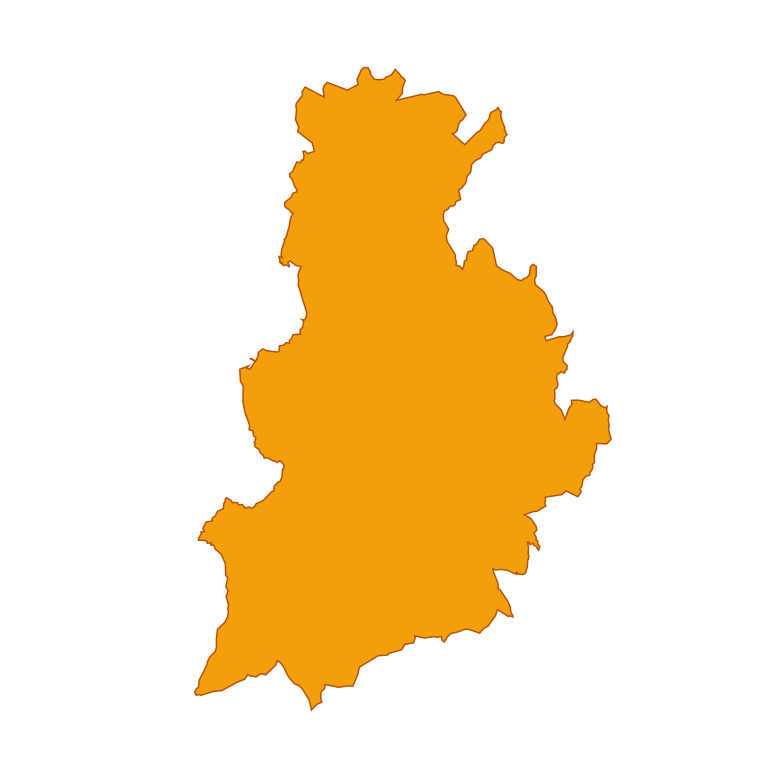 outline of Nicolás Flores, Hidalgo, Mexico, rotated 354°
{"feature_id": "50627088B6273778185161", "entity_name": "Nicolás Flores", "entity_type": "district", "adm_level": 2, "iso_a3": "MEX", "parent_name": "Mexico", "parent_adm1": "Hidalgo", "projection": "equal_earth", "projection_center": [-99.171, 20.795], "detail": "fine", "context": "isolated", "style": "filled", "palette": "amber", "viewbox_px": 768, "rotation_deg": 354, "n_neighbors": 0, "source": "geoboundaries", "source_scale": "gbopen_adm2", "svg_char_len": 6127}
<svg xmlns="http://www.w3.org/2000/svg" viewBox="0 0 768 768"><g transform="rotate(354 384 384)"><path d="M604.1,462.7L602.5,452.6L603.6,448.8L603.3,443.0L604.4,438.9L602.6,435.0L603.4,429.5L601.7,430.8L597.7,428.6L593.2,421.3L590.6,421.2L586.0,423.7L576.3,420.5L568.7,419.8L568.6,423.9L565.3,427.7L560.2,438.1L557.5,428.3L552.0,421.4L551.5,418.5L552.6,414.7L553.0,407.9L556.0,405.3L557.0,402.1L556.2,396.6L556.9,392.9L561.4,390.5L564.7,392.0L565.1,390.6L567.5,388.4L568.0,384.7L564.6,380.6L564.6,376.2L570.4,365.9L570.7,363.6L573.7,361.0L575.4,357.2L576.7,356.5L577.4,351.9L575.5,354.3L573.6,355.0L567.4,355.8L563.7,355.2L549.8,357.9L549.0,353.5L555.9,352.5L559.8,348.0L562.3,343.0L562.3,340.2L561.1,334.3L559.5,331.8L559.5,325.4L555.7,318.1L554.2,312.4L552.3,308.7L545.2,301.3L544.6,299.3L544.9,295.2L546.6,292.6L547.8,283.0L544.9,280.6L542.6,282.0L541.4,284.0L540.4,289.7L537.6,292.9L533.6,294.0L531.6,295.6L527.3,294.0L520.9,287.0L513.8,283.0L508.3,278.3L506.2,260.0L498.9,250.4L497.4,249.8L494.1,250.2L490.2,254.9L488.1,255.4L485.8,260.7L481.5,261.2L479.3,266.3L479.7,268.5L476.8,270.2L475.7,275.0L473.8,278.2L472.4,275.5L468.0,273.1L468.8,270.3L468.1,266.7L468.3,262.7L461.6,248.6L461.5,243.0L464.5,236.9L460.5,227.8L460.6,222.3L462.0,218.6L466.2,216.6L467.5,214.6L472.4,213.8L473.5,213.0L474.5,210.0L479.4,208.6L479.6,206.8L478.6,205.1L479.4,203.5L478.3,200.9L478.9,198.8L482.0,197.1L486.5,192.2L488.3,186.3L492.5,181.8L494.1,174.8L498.2,171.4L503.6,169.3L506.0,165.9L515.6,162.3L517.7,158.0L521.1,155.7L524.4,155.8L526.9,157.1L528.5,156.4L529.3,151.9L532.4,148.6L531.0,146.7L531.5,145.4L530.3,143.0L531.0,141.7L528.9,135.0L528.1,128.6L529.3,125.6L527.4,124.0L526.5,121.0L525.8,120.9L525.3,122.5L518.6,125.2L517.1,127.7L516.7,130.3L513.8,134.0L511.9,134.8L506.0,142.1L502.7,143.5L489.4,154.4L478.1,142.1L480.0,142.0L483.1,139.9L486.0,132.2L487.7,130.3L489.5,129.7L493.8,124.8L485.2,106.6L483.2,104.6L473.0,102.0L468.8,98.9L453.7,100.7L452.2,99.8L426.0,103.2L432.6,96.9L433.4,91.5L436.9,84.4L434.6,80.9L433.1,80.3L432.8,78.7L428.1,72.3L423.6,77.4L418.0,79.2L416.3,80.8L410.6,80.9L405.8,79.6L402.8,74.1L403.3,72.7L401.1,67.6L397.0,67.4L394.5,68.8L389.0,78.5L389.7,83.4L378.3,87.9L359.0,78.1L355.6,81.1L354.2,84.6L354.5,92.5L336.6,80.5L332.9,85.0L333.4,87.4L332.4,89.1L326.2,95.7L325.4,98.5L325.7,102.0L323.7,111.9L326.1,119.7L324.5,123.9L337.8,136.6L339.1,145.3L332.3,146.8L329.9,144.1L327.6,144.3L328.4,148.6L327.1,152.9L325.4,152.6L324.2,155.1L320.4,154.1L315.3,163.1L312.1,164.9L312.0,167.8L314.6,172.2L315.5,177.4L317.6,181.9L317.5,183.7L313.1,184.9L311.3,188.6L304.3,192.9L303.8,196.2L304.8,198.2L308.4,201.3L309.8,204.0L311.4,204.9L308.6,208.9L306.0,218.0L301.8,228.2L299.8,230.0L300.1,231.3L296.3,239.4L295.1,245.3L296.0,247.7L292.8,246.2L293.5,251.0L293.0,252.0L294.2,253.2L295.3,252.6L295.3,254.1L296.4,255.7L299.0,255.2L302.0,257.5L302.3,256.4L301.1,253.4L302.4,252.0L303.8,252.1L308.8,257.0L313.6,258.4L309.9,266.3L309.9,273.5L309.0,275.9L314.6,304.9L313.7,308.9L311.7,312.1L309.1,311.3L310.3,312.6L310.4,314.8L308.9,319.3L306.2,321.3L306.0,325.7L298.7,325.4L296.4,329.6L294.3,330.8L294.3,333.6L291.0,332.7L287.9,335.0L284.0,335.0L283.2,340.1L281.6,341.2L270.8,338.6L267.1,336.5L262.3,339.4L261.8,343.0L258.8,347.7L254.9,344.9L253.0,344.9L255.1,345.5L258.0,348.5L252.1,355.3L249.3,353.9L251.4,351.8L242.1,354.3L241.5,366.5L243.8,371.4L241.8,387.2L242.9,398.4L246.0,410.9L245.1,415.4L248.8,417.0L248.8,422.0L250.9,423.7L249.5,427.9L248.6,428.8L249.7,430.4L248.8,431.8L250.1,433.9L252.9,435.7L253.3,438.7L255.2,441.5L256.5,442.0L257.2,445.2L260.3,445.1L265.5,448.8L268.3,449.5L269.2,451.0L272.4,449.4L275.0,452.6L275.9,454.6L275.9,456.4L274.1,458.6L272.6,466.4L270.4,470.0L267.8,470.9L264.4,473.8L263.1,478.7L260.2,480.0L251.4,487.5L244.4,489.6L242.5,492.3L239.4,493.9L236.9,492.1L233.3,493.1L230.3,488.9L227.7,489.1L226.1,488.0L225.9,486.7L220.6,485.9L219.6,483.6L215.3,480.7L214.0,482.1L213.5,485.0L212.3,485.8L211.2,491.2L205.2,493.2L202.2,497.9L199.4,499.0L198.7,502.3L192.5,502.7L188.8,508.7L190.0,512.0L186.7,511.8L186.2,514.6L183.5,517.8L183.3,520.0L189.8,520.9L191.6,522.3L191.7,524.0L195.6,523.7L194.8,525.9L197.8,526.7L199.1,530.8L204.3,536.3L206.0,541.5L207.4,545.7L206.6,557.8L208.0,559.5L208.1,561.4L205.5,568.9L207.3,573.2L204.8,579.0L206.3,587.5L205.2,590.9L205.4,594.8L204.0,599.4L200.6,604.6L192.8,610.4L190.6,620.1L189.9,628.3L188.2,632.3L182.5,637.0L179.2,642.0L178.7,644.4L169.3,659.2L167.7,666.5L165.8,667.2L163.6,670.4L164.2,672.8L164.8,674.0L167.4,673.5L169.3,674.5L182.4,671.9L190.7,672.0L206.9,665.2L214.6,663.1L218.2,658.8L220.7,660.5L226.3,661.9L231.4,659.2L235.8,660.9L246.9,652.4L249.0,647.9L251.3,649.6L254.3,654.2L258.2,664.7L260.3,668.2L263.7,672.7L267.2,674.6L270.7,678.2L276.5,690.3L277.8,700.6L283.9,695.5L288.9,693.9L288.3,691.1L288.8,685.3L289.7,683.1L293.1,680.8L294.1,676.8L307.3,680.9L317.8,680.4L321.3,681.5L327.3,670.6L330.1,663.0L349.6,653.7L359.2,653.9L360.9,652.4L373.8,650.1L377.6,645.1L386.2,644.6L388.5,640.0L388.2,637.7L397.8,640.9L407.9,640.4L409.9,641.4L414.6,641.1L415.0,645.1L416.9,647.0L420.0,642.7L424.1,639.2L433.3,638.0L437.5,636.5L442.2,636.7L453.0,641.7L457.4,637.8L462.5,635.4L470.8,625.8L473.0,620.9L474.0,620.7L483.2,628.1L484.8,627.8L487.9,629.1L487.7,627.0L486.4,624.9L486.3,619.0L483.9,612.0L478.0,600.8L476.4,599.8L476.3,593.5L473.2,582.0L473.1,579.2L475.5,580.6L481.1,580.6L487.8,582.4L494.6,586.6L495.6,585.6L496.1,586.7L496.6,585.4L497.2,586.8L502.3,588.1L504.9,586.8L507.5,580.6L508.3,575.2L510.2,570.5L509.6,568.3L510.7,561.2L510.1,556.1L511.0,556.2L512.6,559.0L515.9,558.0L516.2,560.3L518.9,561.5L519.1,563.8L520.5,565.3L522.0,562.3L520.3,559.0L520.3,556.0L518.8,554.8L519.5,553.0L517.6,548.0L520.7,545.2L520.3,541.3L516.0,533.1L510.0,528.6L520.5,526.3L522.5,526.7L532.1,522.3L531.2,518.4L532.3,517.6L532.6,513.4L549.5,512.6L553.7,509.3L564.8,516.2L565.9,515.6L568.6,512.2L568.8,511.1L567.7,509.8L568.0,508.6L569.9,506.8L572.0,499.8L574.8,497.0L578.9,496.1L579.8,493.3L581.9,491.1L583.1,488.0L583.0,485.7L585.2,483.9L585.7,476.6L588.8,470.3L589.1,465.4L599.3,466.8L604.1,462.7Z" fill="#f59e0b" stroke="#b45309" stroke-width="1.5"/></g></svg>